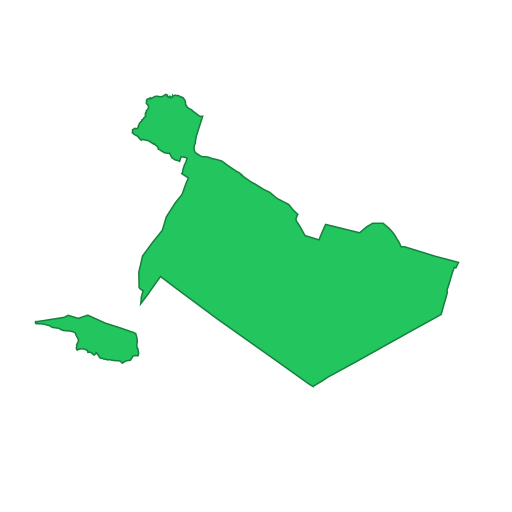 outline of Joquicingo, México, Mexico, rotated 104°
{"feature_id": "50627088B35119178104761", "entity_name": "Joquicingo", "entity_type": "district", "adm_level": 2, "iso_a3": "MEX", "parent_name": "Mexico", "parent_adm1": "México", "projection": "mercator", "projection_center": [-99.521, 19.062], "detail": "fine", "context": "isolated", "style": "filled", "palette": "green", "viewbox_px": 512, "rotation_deg": 104, "n_neighbors": 0, "source": "geoboundaries", "source_scale": "gbopen_adm2", "svg_char_len": 5677}
<svg xmlns="http://www.w3.org/2000/svg" viewBox="0 0 512 512"><g transform="rotate(104 256 256)"><path d="M368.2,168.6L365.0,165.4L361.8,162.1L358.8,159.3L355.7,156.5L351.3,151.7L346.9,146.9L344.7,144.5L342.5,142.1L338.1,137.3L333.7,132.5L329.4,127.9L325.1,123.4L320.8,118.8L316.6,114.2L314.4,112.0L310.1,107.4L305.8,102.8L301.6,98.3L297.3,93.7L295.1,91.4L290.9,86.9L288.8,84.7L284.7,80.2L282.6,77.9L278.4,73.4L274.2,68.9L270.0,64.4L267.9,62.2L261.1,62.0L257.7,61.9L252.7,61.7L245.8,61.5L245.1,61.5L242.9,62.4L237.4,62.0L234.6,61.8L230.2,61.7L224.0,61.3L219.2,60.9L219.2,59.2L213.2,57.9L212.9,82.7L212.8,83.3L212.4,90.8L211.1,113.7L211.9,117.5L210.4,118.7L208.6,120.0L207.8,120.8L206.9,121.7L206.1,122.7L205.4,123.4L204.2,124.5L203.4,125.2L202.7,125.9L201.8,126.9L201.1,127.7L200.0,129.2L198.9,130.6L196.8,133.9L193.5,140.6L196.0,150.7L200.9,155.7L204.3,158.1L208.4,161.1L208.5,196.1L211.3,196.6L217.4,197.7L225.1,198.8L224.3,213.4L219.9,217.5L214.9,222.3L212.5,225.1L210.5,226.2L208.8,226.1L206.3,225.7L205.6,225.4L202.2,231.3L198.0,236.8L196.4,243.9L194.9,250.0L192.5,254.7L190.9,258.0L189.5,264.8L186.4,274.3L185.2,279.2L182.6,285.8L181.3,289.2L181.0,288.9L180.3,290.2L179.2,292.6L179.0,293.4L178.9,294.0L178.7,294.9L178.4,295.6L178.3,295.8L178.0,296.9L177.5,298.3L177.4,298.5L177.3,299.0L176.5,301.0L176.3,301.7L175.4,304.0L174.3,307.2L173.2,309.3L172.1,312.4L171.9,317.4L172.1,322.1L171.7,325.4L171.8,328.2L172.6,331.8L172.4,334.0L170.3,339.9L167.8,341.8L164.0,342.6L161.1,342.2L157.6,342.7L155.6,342.7L155.0,342.9L147.7,342.5L143.3,342.2L137.5,341.8L133.4,341.6L133.6,341.9L133.7,343.0L134.1,343.7L133.3,346.4L133.1,346.6L132.3,348.4L130.7,352.3L129.8,353.8L129.1,356.5L128.0,359.3L126.9,359.8L126.2,360.9L123.7,361.7L123.2,362.0L121.7,363.0L120.9,364.1L120.3,364.7L119.8,365.7L119.7,366.6L120.1,367.3L119.2,369.5L119.2,370.7L119.4,371.6L119.7,371.8L119.5,373.5L121.0,375.0L120.4,375.7L122.0,375.4L123.1,377.0L121.9,377.4L121.8,378.4L123.2,379.1L122.4,380.9L121.3,380.8L121.2,381.8L121.0,382.7L121.5,383.2L123.4,384.8L124.7,387.2L124.8,390.0L124.9,390.9L125.8,392.9L129.0,396.3L128.1,396.7L130.5,399.8L131.1,399.3L132.0,399.8L134.5,399.3L135.5,397.9L136.3,396.9L137.3,396.4L138.5,396.1L140.7,397.0L141.2,397.2L141.6,397.6L142.1,397.4L142.8,397.3L143.4,397.3L144.1,397.9L144.6,397.6L145.2,397.5L145.7,397.7L146.9,396.8L147.5,397.2L148.2,397.5L148.5,397.8L149.0,398.2L149.8,398.3L150.0,398.4L150.2,398.5L150.7,398.8L151.4,399.1L151.7,399.8L152.4,399.6L152.5,399.6L153.1,399.7L153.9,400.5L154.9,401.0L155.4,401.1L156.6,401.3L157.2,401.3L157.7,401.6L158.1,401.8L159.4,401.3L159.9,401.6L160.9,401.9L161.3,403.0L161.4,403.7L161.6,404.8L162.1,404.9L162.7,405.6L163.3,406.3L164.1,406.2L164.8,406.1L164.9,405.9L165.1,405.8L165.2,405.6L165.4,405.5L165.5,405.5L165.9,405.7L166.0,405.8L166.3,405.8L166.3,405.6L166.6,405.3L166.8,404.9L167.0,404.7L167.0,404.4L167.2,404.0L167.3,403.8L167.4,403.7L167.5,403.6L167.9,401.9L168.4,400.0L169.6,397.8L170.0,397.9L171.5,395.3L170.3,394.4L170.3,393.9L170.2,388.0L170.9,386.2L172.2,382.2L171.6,381.7L172.6,380.6L173.0,379.4L174.6,376.9L175.8,376.9L178.0,369.7L177.5,365.2L177.2,364.8L177.7,364.3L180.3,362.1L181.0,361.5L181.8,359.3L181.9,358.9L182.3,358.1L182.3,356.3L182.3,354.4L182.7,353.0L181.9,352.9L181.2,353.0L180.0,352.9L179.2,352.7L178.0,352.7L177.9,352.1L177.8,351.8L177.5,351.0L177.6,350.0L177.5,349.0L177.5,348.1L177.8,346.5L180.6,346.7L182.7,346.9L184.5,347.4L189.7,347.8L190.8,347.6L192.6,347.6L193.1,347.5L194.0,348.0L196.7,340.4L201.7,341.4L205.7,341.8L209.7,342.2L214.4,342.7L219.7,345.2L223.8,347.1L229.7,349.1L233.2,350.3L239.8,352.5L246.8,352.8L253.7,353.1L258.0,355.1L261.5,356.7L267.2,359.4L270.6,360.8L273.8,362.1L277.7,363.7L283.5,366.1L288.2,366.0L292.1,365.9L295.9,365.9L300.0,365.8L305.9,364.2L311.9,362.6L315.0,361.7L316.0,360.3L317.1,357.2L324.3,357.3L325.0,357.0L330.3,356.3L319.3,351.6L313.5,349.4L299.0,343.7L307.7,323.4L326.2,278.9L354.1,207.4L367.7,172.9L368.9,168.8L368.2,168.6ZM390.6,406.7L390.2,406.4L389.5,405.8L389.2,405.2L389.2,404.6L388.7,403.7L388.2,402.8L387.9,400.4L388.2,398.0L388.5,396.6L389.5,396.2L390.2,395.8L390.0,395.2L389.6,394.4L389.6,392.7L390.5,390.9L390.9,390.3L391.3,389.1L391.0,389.0L390.6,388.5L389.5,388.0L388.4,387.6L388.8,386.8L389.3,386.6L390.0,385.6L390.6,384.7L391.7,383.9L392.6,382.5L392.8,381.7L392.6,380.7L392.5,380.1L392.8,379.2L392.6,377.2L392.7,375.0L392.2,373.4L391.9,372.3L392.0,370.6L391.8,369.1L391.6,367.1L390.9,364.3L390.8,362.9L391.2,361.7L392.3,359.8L391.4,358.9L390.7,358.1L389.8,357.3L388.9,356.1L388.7,355.6L388.1,354.1L387.6,352.7L386.8,352.4L383.1,351.2L382.7,351.0L382.1,349.8L381.5,347.6L381.5,347.1L381.5,346.6L380.9,346.2L378.6,346.4L374.3,348.3L374.1,349.3L373.1,349.4L372.1,349.8L371.3,350.0L370.9,350.4L370.0,350.3L368.8,350.4L367.9,350.4L365.8,351.1L363.8,352.0L360.4,353.9L359.9,355.9L358.6,370.3L357.6,385.9L354.1,404.9L359.5,413.4L359.0,424.0L361.9,427.2L366.1,437.1L368.3,442.4L369.5,445.1L372.7,452.8L372.8,453.8L373.4,454.1L373.9,453.9L374.3,453.8L374.7,453.4L374.8,452.9L374.7,452.1L374.4,451.4L374.3,450.1L373.8,448.2L373.7,447.5L373.5,446.1L373.5,445.1L373.5,442.3L373.5,439.5L374.3,437.6L374.3,436.8L374.4,436.1L374.5,436.0L374.5,435.1L374.3,434.5L374.2,433.5L374.2,432.3L374.0,431.4L373.9,430.5L373.9,429.8L374.1,428.4L374.7,427.4L374.7,426.5L374.9,425.6L374.9,424.6L374.8,424.0L374.6,423.5L374.4,422.1L374.4,420.9L373.9,420.1L373.9,419.2L373.9,418.3L373.8,416.8L373.7,415.6L373.9,414.4L374.5,412.6L376.3,411.5L380.4,407.8L380.9,407.9L381.6,407.9L382.4,407.9L382.9,407.9L383.7,408.1L384.1,408.3L385.7,408.6L387.0,407.9L387.5,408.0L388.5,408.2L389.5,407.6L390.3,407.2L390.6,406.7Z" fill="#22c55e" stroke="#15803d" stroke-width="1.5"/></g></svg>